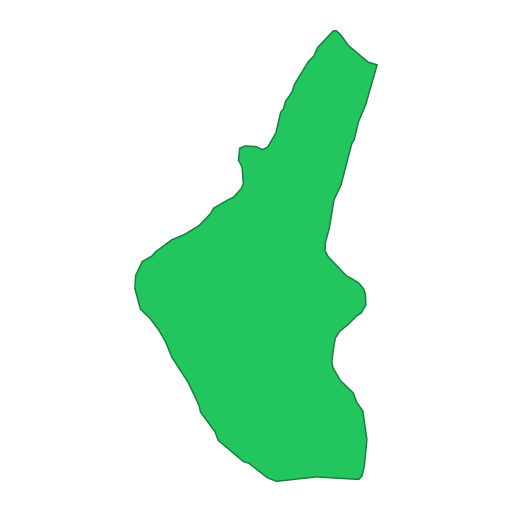 San Andrés Semetabaj, Sololá, Guatemala
{"feature_id": "79465075B93234456554890", "entity_name": "San Andrés Semetabaj", "entity_type": "district", "adm_level": 2, "iso_a3": "GTM", "parent_name": "Guatemala", "parent_adm1": "Sololá", "projection": "mercator", "projection_center": [-91.099, 14.754], "detail": "fine", "context": "isolated", "style": "filled", "palette": "green", "viewbox_px": 512, "rotation_deg": 0, "n_neighbors": 0, "source": "geoboundaries", "source_scale": "gbopen_adm2", "svg_char_len": 1117}
<svg xmlns="http://www.w3.org/2000/svg" viewBox="0 0 512 512"><path d="M239.7,148.3L238.5,160.3L242.1,166.9L243.3,183.9L241.4,188.5L233.3,197.4L228.0,199.8L213.8,208.1L210.2,214.0L199.3,225.4L184.5,234.5L172.1,239.6L155.3,252.0L152.2,255.9L142.3,261.5L135.6,275.6L134.9,288.6L140.5,309.3L149.7,318.0L159.1,330.5L165.8,342.2L171.7,357.0L188.2,382.4L199.0,405.3L200.5,412.0L215.2,432.1L218.1,440.2L243.3,461.5L248.9,463.3L267.5,477.8L276.6,481.3L316.1,476.9L358.8,479.4L362.1,475.9L364.3,466.1L366.9,439.7L362.8,411.0L356.7,402.2L353.3,393.0L340.4,380.6L332.9,367.6L331.8,361.8L334.0,345.0L335.4,338.1L339.4,331.6L347.9,324.6L356.7,315.9L361.1,313.1L365.8,305.1L365.4,294.1L363.6,288.8L358.4,282.7L346.0,275.4L328.1,256.6L325.0,250.6L325.4,242.6L329.3,228.2L334.0,199.8L341.0,184.9L351.9,143.2L354.1,140.0L358.5,121.7L365.7,104.7L377.1,64.9L368.0,62.0L348.5,45.6L340.3,34.4L336.1,30.7L333.3,30.9L317.7,47.4L313.8,56.1L308.2,61.8L294.5,84.3L291.9,92.3L285.6,101.2L283.3,109.3L280.6,112.3L276.0,132.7L267.6,147.3L262.1,149.6L256.1,146.6L245.1,145.9L239.7,148.3Z" fill="#22c55e" stroke="#15803d" stroke-width="1.5"/></svg>